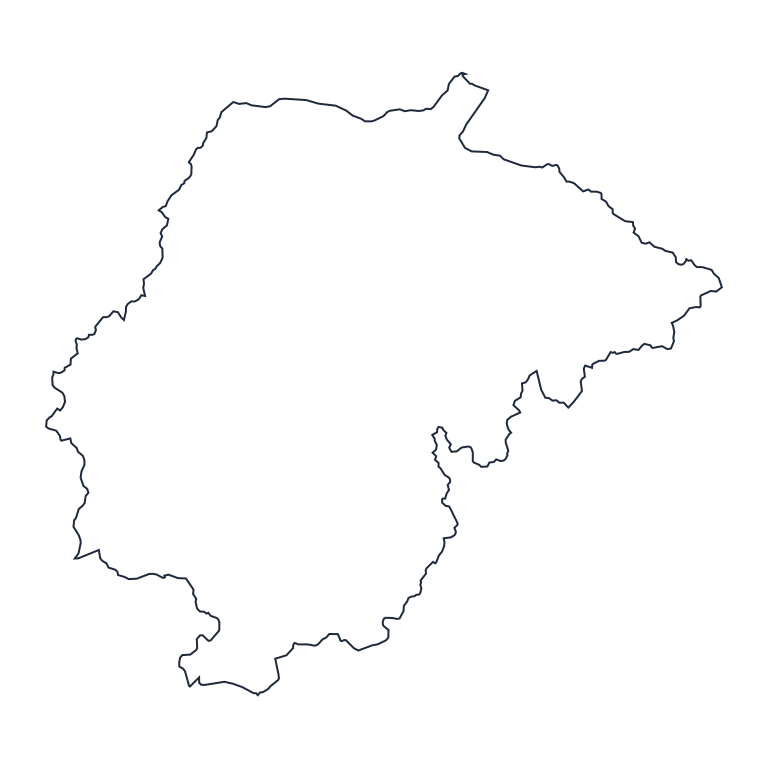 the district of Loc Binh, Lạng Sơn, Vietnam
{"feature_id": "81297802B22471082550929", "entity_name": "Loc Binh", "entity_type": "district", "adm_level": 2, "iso_a3": "VNM", "parent_name": "Vietnam", "parent_adm1": "Lạng Sơn", "projection": "mercator", "projection_center": [106.936, 21.677], "detail": "fine", "context": "isolated", "style": "outline", "palette": "slate", "viewbox_px": 768, "rotation_deg": 0, "n_neighbors": 0, "source": "geoboundaries", "source_scale": "gbopen_adm2", "svg_char_len": 6043}
<svg xmlns="http://www.w3.org/2000/svg" viewBox="0 0 768 768"><path d="M158.7,210.4L161.8,212.2L165.2,217.1L168.3,218.8L167.0,225.2L162.4,229.2L160.6,233.0L162.2,236.6L159.9,241.6L159.7,243.7L160.3,246.3L162.4,248.7L162.6,257.8L160.1,263.1L156.8,266.2L155.4,268.7L153.0,270.2L151.0,273.7L143.5,279.2L144.0,283.9L143.2,287.9L145.1,296.0L141.3,295.2L139.4,298.5L137.3,300.2L134.5,301.5L131.2,301.4L127.7,304.1L126.1,306.7L125.9,311.6L123.9,320.0L121.2,317.4L117.9,312.2L113.4,311.3L109.2,316.2L106.6,317.2L103.1,317.1L95.5,326.4L95.2,327.8L96.0,329.8L94.4,334.0L92.4,334.8L88.9,334.8L88.5,337.1L85.6,339.1L81.5,339.6L77.2,338.3L76.1,338.9L75.5,340.6L76.8,344.3L76.5,348.3L77.7,353.4L70.9,358.6L70.5,364.6L64.7,367.8L64.5,370.4L60.9,372.7L58.4,373.1L53.5,371.7L53.4,374.6L52.2,377.4L52.6,385.2L54.9,387.9L62.3,392.6L64.4,396.3L65.0,401.9L62.9,407.1L60.1,410.5L57.2,408.6L51.7,416.2L49.3,417.6L46.7,420.4L46.1,426.7L48.6,428.5L56.3,430.7L60.0,436.1L60.4,439.3L61.4,440.7L70.3,438.4L71.3,443.1L76.6,447.9L78.0,451.7L83.0,456.0L84.4,460.2L84.5,464.8L81.5,471.3L80.6,477.7L83.4,485.8L87.3,489.0L88.4,492.9L85.7,495.9L84.7,502.9L82.5,505.9L78.8,508.9L76.0,517.9L74.1,520.4L73.5,526.9L78.7,535.1L80.5,540.1L80.7,543.2L78.5,553.4L74.8,558.5L78.4,558.3L98.8,550.0L100.2,558.2L102.2,560.8L106.4,563.3L108.6,567.6L115.2,569.7L117.4,571.7L118.1,575.0L124.7,577.0L128.7,579.1L136.7,578.7L149.1,574.0L152.8,573.8L156.5,574.5L162.9,577.9L164.9,577.3L164.4,575.6L168.5,574.7L178.0,578.1L186.0,578.5L193.5,589.6L193.1,594.0L196.2,598.8L195.6,602.0L197.1,608.6L199.9,611.5L204.1,611.7L206.4,613.6L208.2,612.8L210.8,615.9L216.8,618.0L218.5,619.8L219.4,622.6L219.2,630.5L210.6,640.5L208.4,640.8L202.7,635.3L200.1,635.3L196.8,639.1L197.2,647.8L196.5,649.7L190.3,654.6L182.2,655.1L180.0,657.9L179.2,662.7L179.3,666.5L183.0,668.7L185.0,671.2L189.1,685.9L190.0,686.5L199.1,677.4L199.2,682.8L201.1,684.7L204.2,685.0L224.3,681.8L232.9,683.7L242.3,687.1L253.6,693.2L255.9,693.1L257.8,695.2L259.9,692.5L262.8,692.2L268.0,689.1L270.6,686.1L278.2,680.0L278.9,678.4L278.5,674.3L275.2,658.7L286.4,655.3L293.1,648.1L293.1,645.3L294.6,642.9L298.3,644.4L307.8,644.4L315.0,645.7L318.0,644.4L322.5,639.4L326.2,637.5L329.3,634.0L337.9,634.1L340.6,640.7L341.6,641.1L344.1,640.1L345.9,640.2L354.0,648.3L358.3,650.5L372.4,645.3L377.7,644.3L385.9,640.4L388.3,637.6L388.5,630.0L383.6,626.0L382.9,624.7L382.7,622.1L383.7,619.0L385.3,617.8L392.7,618.0L397.2,619.0L399.6,618.4L403.6,610.9L403.8,606.0L407.2,601.4L408.5,598.0L411.3,596.6L414.6,596.2L416.0,594.9L418.8,594.6L420.2,593.3L421.4,588.3L420.3,584.7L421.1,582.3L420.6,580.5L426.0,573.6L425.7,570.3L426.5,568.3L433.0,561.9L435.2,563.3L436.2,562.5L439.0,555.3L442.0,551.7L444.1,546.2L444.5,542.3L443.7,538.3L450.8,537.4L454.5,535.2L455.7,533.1L455.8,531.4L454.4,527.9L457.6,524.7L457.5,523.1L449.7,507.3L448.8,506.3L445.7,505.9L442.1,502.6L442.2,499.3L442.9,498.5L445.1,498.6L446.8,493.2L449.0,490.0L447.7,485.0L450.2,481.8L449.9,479.3L449.2,477.8L444.7,475.0L440.2,467.9L438.5,466.8L438.6,463.0L435.0,459.8L436.2,456.2L432.6,452.7L436.1,449.5L436.8,444.9L434.7,440.7L434.7,438.9L432.3,434.9L437.0,432.3L437.4,428.6L438.6,426.9L442.4,427.8L443.2,429.9L446.4,432.9L445.4,435.7L446.8,439.5L450.8,444.3L449.2,447.7L451.5,451.8L456.7,451.4L461.7,447.5L468.1,446.5L470.2,447.0L471.4,448.3L472.8,452.6L472.8,461.4L474.2,462.7L479.2,464.8L481.1,466.8L487.4,466.5L489.4,462.5L493.8,462.0L496.2,459.4L500.6,461.0L503.5,460.6L505.4,459.2L507.4,455.5L507.2,453.3L508.3,450.8L505.8,442.9L505.6,439.8L509.4,433.9L511.1,432.7L508.6,429.7L507.0,425.0L506.8,422.2L507.5,419.6L511.2,416.6L520.2,412.5L519.1,410.4L513.4,405.1L514.9,400.8L520.6,397.4L521.1,393.5L522.5,390.7L522.0,383.4L525.8,382.3L528.0,379.3L529.6,375.5L536.6,370.9L541.2,389.8L545.3,397.7L548.9,398.1L552.5,400.6L556.5,400.3L559.2,402.7L563.8,402.7L568.3,407.6L573.7,401.9L582.0,391.0L580.7,381.6L581.7,379.2L584.9,376.7L583.8,368.6L585.2,365.6L592.0,367.8L592.2,365.0L593.1,363.8L599.2,360.8L604.2,360.7L605.9,360.0L610.6,352.1L613.1,352.8L614.7,352.1L616.2,353.8L617.1,353.9L624.1,352.0L629.2,351.8L633.3,349.1L638.5,349.9L642.0,345.6L644.4,343.9L650.4,345.3L651.6,347.4L652.8,347.9L662.1,346.2L667.3,349.1L671.0,348.5L674.0,341.1L673.3,337.9L674.3,332.2L673.1,325.8L671.7,322.9L677.1,320.4L684.0,315.7L689.5,308.3L696.0,307.0L699.8,307.4L700.7,305.8L700.3,296.9L700.9,295.5L710.9,290.9L716.1,291.6L721.9,287.3L718.7,278.0L714.0,273.8L711.6,269.9L702.8,267.2L696.7,267.0L694.4,264.9L691.3,260.3L688.6,260.7L686.3,259.2L685.8,261.2L683.2,264.3L680.6,264.7L678.2,264.0L676.1,262.2L675.7,257.2L672.7,252.6L665.3,250.9L662.4,248.8L654.5,246.8L649.4,242.3L645.7,243.7L641.7,242.8L638.5,236.2L633.6,232.6L635.1,228.6L633.3,225.9L632.9,222.1L625.2,221.2L613.7,214.2L612.7,213.1L612.7,209.3L608.5,206.1L606.1,201.7L601.6,199.0L601.5,194.1L600.7,192.9L596.7,191.7L591.2,191.7L588.3,189.5L583.2,191.4L573.9,183.1L569.1,181.6L566.5,181.6L564.1,177.4L559.5,171.9L559.2,168.6L557.5,165.4L556.1,165.0L552.1,165.9L549.0,164.1L547.3,164.2L542.2,167.5L539.3,166.7L535.5,167.3L521.4,165.5L503.7,159.3L500.0,155.7L493.4,154.7L487.0,152.0L471.7,151.4L465.0,147.9L459.3,138.5L459.5,135.4L463.0,131.4L466.3,124.4L484.8,98.0L488.2,90.3L475.0,85.6L472.1,83.9L469.9,83.7L462.7,76.1L462.5,74.6L465.3,74.0L462.1,72.8L460.6,73.3L457.9,76.0L454.5,76.6L448.9,84.0L447.6,90.5L441.9,95.5L433.7,106.7L430.8,109.1L425.9,108.8L423.6,110.3L418.9,111.0L410.8,110.2L404.8,111.2L399.8,109.3L389.8,110.8L387.3,112.0L383.6,116.0L374.5,120.5L371.1,121.4L365.1,121.3L361.0,118.7L352.7,115.6L346.2,110.6L335.8,105.7L318.2,103.6L306.4,100.1L285.4,98.7L279.2,99.1L270.2,106.2L265.5,107.1L251.4,105.3L246.4,103.1L239.0,103.9L233.3,102.0L221.3,112.2L219.8,117.5L217.7,120.1L216.5,126.1L211.8,131.2L206.9,132.5L206.4,137.9L203.2,143.1L202.8,145.6L200.5,147.8L197.8,147.9L196.1,149.3L193.7,154.9L188.8,162.2L190.9,164.2L191.6,166.4L191.3,174.0L190.6,175.8L188.6,178.1L184.6,180.8L184.2,183.3L181.3,185.1L179.1,189.7L171.4,195.3L167.6,201.2L165.7,206.2L162.8,206.9L158.7,210.4Z" fill="none" stroke="#1e293b" stroke-width="2"/></svg>